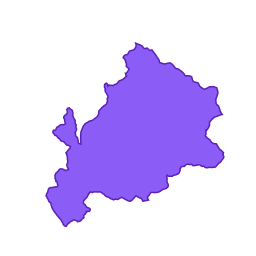 the district of Mosna, Sibiu, Romania, rotated 256°
{"feature_id": "2599482B88380458421625", "entity_name": "Mosna", "entity_type": "district", "adm_level": 2, "iso_a3": "ROU", "parent_name": "Romania", "parent_adm1": "Sibiu", "projection": "orthographic", "projection_center": [24.412, 46.08], "detail": "fine", "context": "isolated", "style": "filled", "palette": "violet", "viewbox_px": 256, "rotation_deg": 256, "n_neighbors": 0, "source": "geoboundaries", "source_scale": "gbopen_adm2", "svg_char_len": 5732}
<svg xmlns="http://www.w3.org/2000/svg" viewBox="0 0 256 256"><g transform="rotate(256 128 128)"><path d="M145.6,223.8L147.7,220.5L147.8,218.9L148.3,217.4L147.9,215.7L147.5,214.4L147.3,212.8L147.1,212.1L147.0,211.6L147.6,210.9L150.2,208.3L151.3,207.7L154.6,207.0L154.9,206.7L155.5,205.8L156.1,204.2L156.4,204.1L156.7,203.4L157.7,202.5L159.1,202.2L162.1,202.2L162.7,201.8L163.7,200.3L164.2,198.9L164.2,198.4L164.7,196.4L164.9,196.0L167.2,195.4L169.6,194.0L171.0,192.7L172.6,191.6L173.2,190.8L174.3,188.8L174.9,188.3L178.6,186.7L180.2,185.5L180.9,184.6L181.1,184.2L181.3,181.6L181.2,180.7L181.3,178.7L183.9,174.5L186.0,174.6L187.9,174.1L189.1,173.5L191.1,173.0L198.0,170.1L197.9,167.9L201.0,165.8L201.1,165.5L200.9,164.3L200.9,163.6L201.3,162.9L202.6,162.1L203.8,161.8L204.3,161.4L206.2,159.1L208.4,155.9L207.0,156.0L205.6,155.7L204.7,155.2L202.8,153.2L202.3,151.3L202.4,150.2L202.3,148.2L201.4,147.0L200.0,146.0L199.3,144.5L199.6,143.3L198.9,141.5L198.7,141.2L197.4,140.3L195.4,141.5L193.4,141.9L192.3,141.7L190.7,142.1L190.0,142.0L188.9,141.4L188.2,141.2L185.0,143.4L181.7,140.0L181.5,139.6L181.5,139.3L181.7,138.8L180.8,138.9L180.1,138.6L178.7,139.1L177.2,136.4L176.3,134.4L176.0,132.4L176.0,131.5L175.8,130.7L174.1,128.5L173.5,127.5L173.4,125.2L173.0,124.6L172.7,123.8L172.8,123.5L173.3,122.9L173.4,122.2L174.3,119.8L173.6,119.2L173.4,118.6L174.3,118.6L175.2,118.7L176.0,118.4L176.8,117.7L176.5,117.3L176.3,116.5L175.9,115.8L175.7,115.7L174.5,115.5L173.7,115.0L171.6,115.4L171.0,115.4L170.8,115.0L169.4,114.8L168.2,114.9L166.9,115.5L165.9,115.6L164.6,116.1L162.9,116.2L161.3,114.7L160.5,114.8L159.1,114.7L158.3,113.9L157.2,113.5L156.1,112.4L155.5,110.5L155.2,110.2L155.3,109.7L154.9,109.5L154.5,108.3L153.9,107.2L153.1,106.3L151.8,104.1L150.4,103.3L149.1,103.2L146.4,100.9L145.6,98.9L144.5,96.5L144.1,95.2L144.0,94.6L144.0,92.1L143.2,90.0L143.0,89.0L142.1,86.7L141.4,86.3L140.6,85.1L139.9,84.5L135.3,81.2L134.4,81.1L132.7,80.3L132.3,80.4L127.7,79.1L123.8,78.6L124.8,76.5L126.4,76.3L128.5,76.6L131.0,76.6L132.3,75.6L133.2,75.3L134.8,75.7L135.9,75.5L139.3,77.9L140.4,77.6L141.1,77.8L142.5,77.8L143.2,78.4L143.6,78.5L145.7,77.8L146.6,78.2L148.2,78.6L149.5,78.2L150.3,77.8L152.0,77.6L153.7,77.5L156.0,78.2L158.3,78.2L159.1,77.9L159.8,77.1L161.1,76.1L161.9,75.8L161.7,74.2L160.8,73.1L158.7,73.1L157.3,72.7L156.7,72.3L155.1,69.0L154.1,68.3L152.9,68.1L151.7,68.6L150.1,68.2L147.4,68.4L146.9,67.2L146.9,65.9L147.4,64.0L147.1,62.2L146.2,60.6L146.0,59.3L145.7,58.9L143.5,57.3L143.2,56.6L143.8,55.6L143.9,55.4L143.8,55.0L143.5,54.7L141.5,54.0L140.4,54.7L139.5,54.9L138.4,55.4L138.3,56.1L137.9,56.5L137.4,57.0L136.1,57.3L135.5,57.9L134.8,58.1L133.8,59.2L131.8,59.7L130.0,62.6L129.0,63.1L126.8,64.0L126.2,64.5L125.8,65.1L125.7,65.9L124.2,67.4L123.6,67.7L123.3,67.6L122.1,66.1L118.8,61.7L118.5,61.8L118.2,62.3L116.5,62.0L115.8,62.2L113.4,62.0L112.5,61.6L111.2,61.6L108.6,60.9L107.4,59.8L106.7,59.6L104.5,59.7L103.0,60.3L102.4,60.3L102.0,58.8L101.9,57.1L104.0,54.7L104.7,52.4L104.4,51.2L103.4,50.3L102.1,48.2L101.9,47.5L101.5,47.0L99.9,45.8L98.9,45.5L97.3,45.3L96.7,45.0L95.0,45.4L94.2,45.1L93.8,45.1L93.4,45.4L93.2,46.0L92.8,46.2L90.7,45.9L89.5,46.1L88.7,45.8L88.2,45.2L88.6,41.3L88.5,40.1L88.8,39.0L88.8,37.3L88.7,36.9L87.8,35.9L85.1,34.5L84.6,34.1L84.2,33.4L81.9,32.0L80.6,32.8L79.5,32.6L78.6,33.2L76.1,33.4L75.2,33.8L74.1,35.1L73.2,34.9L71.8,34.8L68.7,35.0L65.3,36.0L59.8,38.3L56.3,40.1L56.0,40.5L53.7,41.0L51.3,41.8L49.7,41.9L47.9,43.3L47.6,44.3L48.0,44.6L49.5,46.3L49.8,46.9L49.8,47.1L49.7,47.3L49.8,47.5L51.1,49.4L51.2,51.0L52.1,53.3L49.9,56.3L49.2,56.4L49.3,57.7L49.2,58.7L49.3,59.4L49.8,60.3L51.1,61.8L51.5,63.5L52.5,63.5L54.1,64.1L54.7,65.2L54.8,65.8L55.4,66.1L56.2,67.3L57.2,67.6L56.7,68.4L56.8,69.1L56.5,70.1L57.2,71.3L58.4,71.6L59.1,71.5L60.3,70.0L61.2,68.7L63.2,68.1L64.0,67.8L64.4,67.3L65.6,66.6L66.3,66.6L68.5,67.5L68.8,68.7L69.6,69.4L70.8,71.5L71.3,72.0L74.0,74.1L74.3,74.6L74.0,74.8L75.2,76.3L75.1,76.5L74.0,77.7L74.0,78.2L74.4,79.3L74.1,79.9L73.9,81.0L73.0,83.8L73.0,84.9L72.8,85.5L71.8,86.7L70.5,87.6L69.4,88.8L68.0,89.4L66.8,90.3L66.4,90.7L66.1,91.8L65.7,92.0L65.5,92.6L64.2,93.5L63.3,94.4L63.0,95.1L62.0,96.2L61.8,96.7L62.0,98.6L61.1,100.9L61.9,103.2L62.2,105.2L57.7,110.0L56.8,111.4L56.4,112.8L56.7,113.9L57.6,115.4L60.3,119.3L59.8,120.0L59.1,120.4L57.5,122.2L56.6,123.6L55.4,124.2L53.4,124.7L53.3,125.2L53.1,130.5L54.4,130.1L56.3,130.3L56.8,130.6L57.7,132.4L58.6,133.1L59.7,134.3L59.8,135.5L58.9,138.1L58.4,141.1L58.5,142.8L60.1,147.5L60.1,149.7L60.3,150.9L61.1,152.3L62.0,153.1L63.9,153.3L64.7,153.0L66.7,152.8L69.6,153.8L72.0,153.7L72.7,154.7L71.6,155.3L71.3,155.8L70.5,159.2L71.0,160.7L71.0,163.5L71.2,163.8L71.2,164.8L71.4,165.5L71.9,166.6L72.9,167.4L73.2,167.5L74.3,168.4L75.6,168.5L76.0,169.1L77.0,169.6L77.3,169.9L77.5,171.4L77.1,173.4L78.4,175.3L78.5,175.7L78.5,176.2L78.3,177.4L77.5,179.4L77.3,181.0L75.8,181.9L75.5,182.7L75.3,184.6L75.3,187.0L74.9,188.5L74.4,189.2L73.0,190.3L72.8,190.8L72.6,192.3L72.4,192.6L71.3,193.1L70.6,194.1L70.4,194.8L70.2,195.8L70.2,196.8L69.9,198.5L69.3,199.8L69.4,200.4L69.2,201.5L68.8,202.6L69.3,203.9L71.7,207.3L72.2,208.7L72.7,209.8L73.8,210.9L75.9,213.6L77.3,214.1L78.4,213.8L79.4,213.9L79.7,214.1L79.9,213.8L81.0,214.7L84.0,212.8L85.5,211.6L91.2,209.9L92.3,207.2L92.9,206.4L94.1,205.5L96.6,204.7L99.0,202.6L100.7,201.7L101.0,201.3L102.0,201.1L103.1,202.2L105.7,202.7L106.2,202.6L106.7,202.8L107.0,203.0L106.6,203.6L107.3,203.9L107.4,204.6L109.4,206.7L110.4,207.2L110.6,207.6L111.7,208.0L113.7,208.4L115.4,210.5L117.4,214.0L117.7,214.8L117.8,217.1L118.4,220.9L118.3,222.7L119.4,222.2L122.6,221.5L124.4,221.5L127.6,221.1L129.2,219.9L130.3,219.4L134.6,220.1L136.2,221.3L138.9,223.0L140.6,223.8L142.4,224.0L145.6,223.8Z" fill="#8b5cf6" stroke="#5b21b6" stroke-width="1.5"/></g></svg>